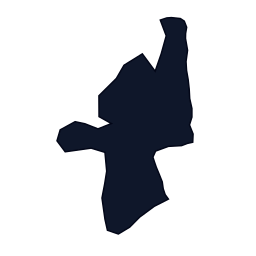 Mousoulita, Cyprus (Equal Earth projection), rotated 262°
{"feature_id": "46923920B47977238929858", "entity_name": "Mousoulita", "entity_type": "district", "adm_level": 2, "iso_a3": "CYP", "parent_name": "Cyprus", "parent_adm1": "", "projection": "equal_earth", "projection_center": [33.644, 35.193], "detail": "fine", "context": "isolated", "style": "filled", "palette": "ink", "viewbox_px": 256, "rotation_deg": 262, "n_neighbors": 0, "source": "geoboundaries", "source_scale": "gbopen_adm2", "svg_char_len": 859}
<svg xmlns="http://www.w3.org/2000/svg" viewBox="0 0 256 256"><g transform="rotate(262 128 128)"><path d="M52.0,158.1L56.9,155.5L62.9,154.4L69.9,154.4L77.7,152.5L85.4,150.5L91.1,149.4L95.7,148.6L101.3,152.1L104.2,165.5L103.1,178.6L104.5,184.7L104.9,190.1L113.0,191.6L122.5,189.3L129.9,192.8L138.4,194.0L148.6,193.2L157.8,194.0L167.7,194.3L176.9,194.0L185.7,194.7L196.7,197.8L208.7,197.4L213.6,198.2L219.6,200.1L226.0,198.6L229.1,195.1L231.3,186.3L231.6,181.7L230.4,175.0L214.0,178.7L196.8,171.2L180.4,162.8L199.4,152.5L190.7,132.8L178.7,123.4L164.0,103.7L143.3,100.9L134.7,112.2L131.3,98.1L138.2,85.9L141.6,76.5L135.6,60.6L125.2,55.9L113.2,62.5L113.2,77.5L113.2,88.7L107.1,101.8L88.2,100.9L76.1,97.2L62.3,92.5L52.8,92.5L40.8,92.5L29.6,93.4L24.4,103.7L29.6,115.9L38.2,127.2L46.8,143.1L52.0,158.1Z" fill="#0f172a" stroke="#020617" stroke-width="1.5"/></g></svg>